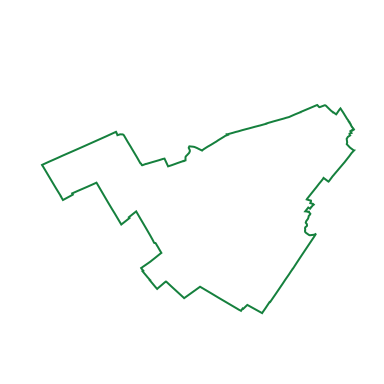 Afumati, Ilfov, Romania (Robinson projection), rotated 190°
{"feature_id": "2599482B16027234995116", "entity_name": "Afumati", "entity_type": "district", "adm_level": 2, "iso_a3": "ROU", "parent_name": "Romania", "parent_adm1": "Ilfov", "projection": "robinson", "projection_center": [26.254, 44.537], "detail": "fine", "context": "isolated", "style": "outline", "palette": "green", "viewbox_px": 384, "rotation_deg": 190, "n_neighbors": 0, "source": "geoboundaries", "source_scale": "gbopen_adm2", "svg_char_len": 5326}
<svg xmlns="http://www.w3.org/2000/svg" viewBox="0 0 384 384"><g transform="rotate(190 192 192)"><path d="M209.5,90.5L208.9,91.3L205.4,95.5L202.9,98.6L202.5,98.7L202.1,99.3L201.7,99.2L196.5,95.8L194.0,94.2L186.6,89.5L181.7,86.4L181.3,86.1L167.6,100.1L155.6,95.6L147.8,92.6L126.9,84.8L125.7,84.3L123.3,83.6L123.1,83.5L121.9,86.1L121.3,85.8L119.1,88.8L117.9,90.4L101.9,84.9L101.6,85.7L99.7,89.8L96.5,97.1L96.2,97.0L96.0,97.3L95.9,97.3L93.3,103.0L92.2,105.4L90.8,108.5L87.8,115.2L87.8,115.3L87.7,115.4L86.5,118.1L84.9,121.8L82.3,127.4L80.8,130.9L80.4,131.8L80.1,132.4L79.9,132.8L79.6,133.7L79.5,133.9L79.3,134.2L79.2,134.2L76.5,140.6L73.3,148.0L63.9,169.3L62.9,171.8L63.1,172.0L64.1,171.2L68.3,169.9L68.7,169.9L69.3,170.0L72.5,171.5L73.5,172.2L73.9,173.0L74.0,173.9L73.9,174.1L74.0,174.7L74.4,176.0L74.3,176.9L73.0,178.4L72.9,179.0L73.3,180.3L74.6,181.4L74.7,181.7L74.4,183.2L74.3,183.5L73.2,185.6L72.9,187.0L72.9,187.8L72.9,188.4L72.8,188.8L71.8,190.4L71.7,190.9L71.7,191.2L73.5,192.5L73.5,192.8L74.0,192.7L74.0,192.8L77.1,192.6L76.8,193.2L74.8,196.9L72.8,196.1L72.5,196.7L72.3,197.2L72.1,197.4L72.1,197.8L71.5,198.4L70.9,199.6L69.9,200.7L70.5,201.1L70.8,201.3L72.3,201.4L73.1,201.6L73.5,201.6L73.2,203.8L73.4,204.2L75.3,204.3L77.7,204.6L77.5,205.2L74.3,211.1L72.2,214.9L71.9,215.5L70.5,218.0L68.3,222.2L66.6,225.2L65.5,227.2L64.9,228.7L59.4,225.9L59.3,226.0L59.1,226.3L56.7,231.0L56.6,231.3L47.3,247.2L47.2,247.3L43.8,253.7L43.7,253.8L41.7,257.9L41.0,259.0L40.2,260.2L39.6,261.1L40.0,261.1L43.4,262.8L44.3,263.3L47.9,266.0L47.8,267.8L48.9,271.2L48.1,273.3L46.2,275.1L46.5,275.3L47.0,276.8L45.2,277.8L46.2,278.9L46.6,279.4L45.7,280.2L45.1,280.8L44.7,280.4L44.1,281.0L43.6,281.4L43.4,281.6L43.6,281.8L43.8,282.2L44.1,282.4L44.9,283.2L45.5,283.5L45.7,283.9L45.8,284.1L46.1,284.2L46.2,284.4L46.7,284.9L46.9,285.1L47.0,285.3L47.3,285.6L47.3,285.8L47.3,286.1L47.6,286.4L47.9,286.7L48.0,286.6L48.9,287.5L49.0,287.7L49.3,288.0L49.7,288.4L49.5,288.5L49.9,288.8L50.0,289.0L50.3,289.3L50.5,289.6L50.9,290.0L51.0,290.1L51.3,290.3L51.6,290.6L51.8,290.8L52.1,291.1L52.3,291.3L52.6,291.6L52.7,291.8L52.9,292.0L53.5,292.7L53.7,292.9L54.5,293.8L55.5,294.9L55.7,295.2L56.3,295.8L56.7,296.3L56.8,296.4L57.2,296.8L57.6,297.3L57.8,297.5L58.0,297.6L58.6,298.3L58.9,298.6L59.3,299.0L59.8,299.6L60.3,300.1L60.8,299.3L61.2,298.5L62.6,295.4L63.2,294.0L63.5,293.5L67.0,295.2L67.6,295.4L67.6,295.5L67.6,295.3L68.2,295.7L69.2,296.2L72.0,298.1L73.9,299.4L75.0,300.2L75.6,300.4L76.1,300.5L76.5,300.4L78.3,299.3L78.7,299.1L79.5,298.6L80.9,297.8L81.1,297.7L81.3,297.7L81.5,297.7L81.8,297.9L82.3,298.3L82.5,298.4L82.7,298.6L82.9,298.8L83.1,298.9L83.3,299.1L83.5,299.2L83.8,299.4L84.5,299.0L86.2,297.9L90.8,294.9L93.9,292.9L98.7,289.8L98.9,289.7L98.9,289.4L99.3,289.3L99.9,288.9L103.9,286.4L107.5,284.0L109.4,282.7L110.0,282.4L112.0,281.5L114.1,280.4L116.2,279.4L117.9,278.6L120.4,277.4L124.0,275.7L127.0,274.2L128.1,273.7L130.6,272.4L130.5,272.2L130.8,272.0L132.0,271.5L137.0,269.1L137.4,269.0L137.5,268.9L141.5,267.1L143.8,266.0L147.2,264.4L149.0,263.6L153.3,261.6L157.3,259.6L159.0,258.9L162.0,257.4L164.7,256.1L166.7,255.2L167.3,254.9L167.2,254.8L167.3,254.8L167.0,254.4L167.2,254.2L167.3,254.4L167.8,254.1L168.4,253.6L170.1,252.0L173.5,249.0L174.3,248.3L175.1,247.6L176.9,245.8L177.3,245.5L178.1,244.8L178.3,244.6L178.8,244.2L180.1,243.0L180.5,242.7L180.9,242.3L183.4,240.2L183.7,240.0L184.6,239.2L185.4,238.5L186.8,237.2L188.0,236.1L188.2,235.8L188.9,235.2L189.1,234.9L189.3,234.9L189.4,234.6L193.2,235.7L194.4,236.1L196.6,236.6L197.6,236.8L198.8,236.8L202.5,236.5L202.8,235.6L202.9,234.9L202.4,234.2L201.9,233.5L201.6,233.1L201.3,232.3L201.2,231.9L201.3,231.3L201.6,230.0L201.8,229.8L202.0,229.4L202.4,228.8L202.6,228.5L202.7,228.4L203.0,227.8L203.7,226.9L204.0,226.4L204.2,226.0L204.4,225.6L204.4,225.0L204.4,224.9L204.0,222.7L203.9,222.0L205.8,221.1L205.7,220.9L206.5,220.6L207.5,220.1L211.6,217.8L213.3,216.8L216.8,214.8L217.0,214.7L220.0,213.1L221.1,214.7L224.9,220.1L225.6,219.8L226.2,219.6L230.0,217.6L236.7,214.3L240.7,212.3L241.9,211.7L242.2,211.7L245.6,209.7L245.8,209.7L246.0,209.7L246.1,209.8L247.1,211.1L247.3,211.2L247.5,211.3L247.8,211.3L248.0,211.5L252.2,216.6L257.3,222.5L259.3,224.8L259.5,225.1L264.1,230.3L269.0,236.1L270.2,236.7L272.8,236.3L275.3,235.0L275.5,235.4L276.9,237.6L277.1,237.5L277.4,238.0L286.2,231.9L307.5,217.5L316.6,211.4L325.8,205.3L330.0,202.4L338.2,196.9L343.0,193.6L344.4,192.6L344.1,192.2L343.1,191.2L330.1,176.1L326.9,172.4L320.4,165.1L320.5,165.0L317.7,161.7L312.0,166.2L309.4,168.3L309.0,168.6L308.9,168.7L309.6,169.5L309.8,169.8L308.0,171.0L304.9,173.1L296.7,178.5L294.9,179.7L290.9,182.4L289.0,183.7L287.7,184.6L287.4,184.3L285.2,181.7L278.0,173.2L272.9,167.2L267.8,161.3L264.5,157.6L256.0,147.7L254.1,149.8L249.0,155.5L249.8,156.2L243.6,163.2L238.3,156.9L236.5,154.8L230.7,148.0L225.4,141.7L222.1,137.6L221.3,136.5L220.6,135.5L220.5,135.4L220.3,135.3L219.8,135.3L219.4,135.4L219.1,135.4L218.3,134.6L217.4,133.5L216.9,132.9L216.4,132.4L215.8,131.7L215.0,130.7L213.9,129.4L211.6,126.7L212.9,125.3L217.1,120.5L219.7,117.6L220.8,116.3L221.2,115.9L221.5,115.6L222.9,114.2L228.9,108.3L228.6,107.9L227.7,107.2L226.3,106.0L227.0,105.4L225.8,104.4L222.2,101.4L221.3,100.6L218.4,98.3L218.3,98.1L218.1,98.0L218.3,97.8L215.2,95.2L213.3,93.6L211.4,92.0L209.5,90.5Z" fill="none" stroke="#15803d" stroke-width="2"/></g></svg>